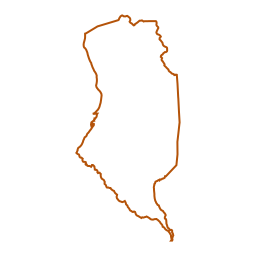 outline of Paratinga, Bahia, Brazil
{"feature_id": "56859067B27824203442391", "entity_name": "Paratinga", "entity_type": "district", "adm_level": 2, "iso_a3": "BRA", "parent_name": "Brazil", "parent_adm1": "Bahia", "projection": "mercator", "projection_center": [-43.076, -12.745], "detail": "fine", "context": "isolated", "style": "outline", "palette": "amber", "viewbox_px": 256, "rotation_deg": 0, "n_neighbors": 0, "source": "geoboundaries", "source_scale": "gbopen_adm2", "svg_char_len": 5451}
<svg xmlns="http://www.w3.org/2000/svg" viewBox="0 0 256 256"><path d="M171.1,240.6L172.1,240.6L172.5,239.8L172.2,238.4L172.5,237.5L172.8,236.4L173.3,235.4L173.0,234.3L172.8,233.4L172.1,232.4L172.1,231.6L172.2,230.9L171.7,230.0L171.0,229.8L170.1,230.1L169.3,229.1L168.8,228.4L168.0,227.9L167.6,227.2L167.3,226.5L167.1,225.4L166.7,224.4L166.4,223.4L166.4,222.6L166.3,221.2L166.2,220.0L165.9,219.1L164.9,218.6L164.8,217.8L164.9,217.0L165.3,216.0L165.7,215.1L165.2,214.0L164.6,213.1L164.0,212.6L163.6,212.0L163.0,211.0L161.8,210.4L160.7,209.6L159.9,208.2L159.5,207.4L159.1,206.3L158.8,205.4L157.6,204.9L157.1,204.0L156.6,203.4L156.2,202.8L155.9,201.9L155.3,200.8L155.0,199.6L154.7,198.4L154.5,196.8L154.4,195.8L154.4,194.9L154.4,194.1L154.3,193.0L154.2,192.0L154.1,191.1L154.0,189.8L154.0,188.6L153.8,187.7L153.9,186.9L154.0,186.1L154.3,185.2L154.3,184.1L155.0,183.5L155.2,182.5L155.5,181.7L156.5,181.2L157.4,180.9L158.1,180.3L159.0,179.9L159.5,180.4L160.1,179.4L160.8,179.6L161.6,179.3L162.3,178.7L163.4,178.5L164.6,177.8L164.9,176.9L165.1,176.2L165.9,176.3L176.4,165.2L177.5,154.4L177.4,141.8L178.4,133.1L179.4,124.0L179.6,122.5L179.0,112.2L178.3,98.2L178.2,97.2L177.5,83.7L176.8,74.8L175.9,74.6L175.2,75.0L174.3,75.1L173.8,74.2L172.6,73.8L171.8,73.5L171.2,72.9L170.4,72.1L169.5,71.6L168.7,70.7L168.4,69.5L167.4,68.6L166.5,67.7L165.7,66.8L164.9,66.1L164.3,65.4L164.6,64.3L164.0,63.3L163.2,62.1L162.6,61.1L161.9,60.6L161.6,59.8L161.7,59.1L162.1,58.1L161.5,57.4L160.8,56.9L161.0,55.8L161.7,54.9L162.5,54.6L162.9,54.0L163.4,53.2L164.2,52.7L164.8,52.1L165.9,52.1L166.9,51.4L167.2,50.3L167.1,49.2L167.1,48.4L166.9,47.6L166.2,47.1L164.9,46.6L163.9,46.0L163.3,45.4L162.9,44.6L162.6,43.5L162.4,42.6L161.9,42.0L161.3,41.3L160.7,40.4L160.0,39.9L159.5,39.2L159.7,37.9L160.4,37.3L160.8,36.5L160.2,35.7L159.4,35.0L158.4,34.5L157.3,34.2L156.7,33.3L156.4,32.7L156.6,31.6L157.2,30.3L157.7,29.2L158.3,28.1L158.2,27.2L157.3,26.3L156.7,25.6L156.4,24.8L156.6,23.5L156.6,22.7L156.4,21.8L155.8,21.1L144.6,21.2L143.6,21.5L142.8,20.9L141.9,20.4L141.1,20.7L140.3,20.7L139.6,20.7L138.8,21.3L137.8,22.2L136.7,23.0L135.7,23.7L134.8,24.3L134.5,25.1L133.8,25.4L132.8,24.6L131.9,23.6L131.0,23.1L130.2,22.5L129.6,21.7L130.3,20.2L130.3,19.4L130.1,18.5L129.5,17.6L128.5,16.9L128.0,16.4L127.3,15.9L126.4,16.0L125.6,16.4L124.7,16.4L123.6,16.3L123.0,15.8L122.1,15.4L121.0,16.0L120.4,16.5L120.0,17.2L119.5,17.9L119.1,18.7L118.8,19.7L118.1,20.2L97.5,26.4L95.7,27.5L86.1,33.3L85.1,33.6L85.1,34.3L85.1,35.3L85.1,37.2L85.0,38.4L84.6,40.1L83.8,43.0L83.6,44.8L83.7,45.7L83.8,46.6L84.2,47.5L85.2,48.3L86.2,49.8L87.3,52.5L87.8,54.8L88.7,57.6L89.0,58.5L89.5,59.8L90.3,61.6L91.2,63.0L91.4,64.1L92.0,65.7L92.4,66.9L92.8,67.8L93.5,69.2L94.2,70.9L95.3,72.4L96.2,74.1L96.7,75.6L96.6,77.2L96.8,78.3L96.9,79.8L96.9,81.0L96.7,82.7L96.4,84.3L96.1,85.3L96.4,86.9L96.9,87.8L97.5,88.6L98.5,89.9L99.5,90.8L100.6,92.3L101.4,93.9L101.6,95.5L101.4,97.1L101.1,99.5L100.6,102.8L99.9,105.1L99.5,106.7L99.0,107.9L98.4,108.8L98.1,109.5L97.5,110.1L96.8,110.8L96.3,111.4L95.2,112.5L94.6,113.1L92.8,113.8L94.6,113.8L95.4,113.7L96.5,113.6L97.4,113.6L96.9,114.4L96.7,116.2L96.3,117.2L95.6,118.0L94.5,118.4L94.8,119.1L94.0,119.9L94.2,120.8L93.3,120.9L92.7,121.3L92.1,121.8L91.4,122.4L91.2,123.5L91.0,124.7L91.3,125.8L91.8,124.9L92.2,124.2L92.8,123.6L93.8,123.8L93.9,124.9L93.4,125.8L92.9,126.3L91.9,127.8L91.3,128.8L90.7,129.6L89.8,130.7L89.2,131.6L88.3,132.8L87.4,133.6L86.9,134.6L86.6,135.7L85.7,136.7L84.7,137.3L84.2,138.4L83.9,139.3L83.5,140.0L83.2,140.8L82.9,142.0L82.5,142.8L82.2,143.6L81.7,144.5L81.2,145.3L80.5,146.1L79.5,147.1L78.9,147.4L78.2,148.0L77.9,148.8L77.6,149.6L77.6,150.5L77.1,151.3L76.9,152.2L76.4,152.9L77.2,153.7L78.1,154.2L78.9,154.5L79.4,155.6L79.5,156.7L80.4,157.6L81.4,157.6L82.1,158.2L82.7,158.7L82.4,159.4L82.5,160.6L83.0,161.6L83.7,161.9L84.9,161.9L85.7,162.1L86.0,163.2L85.5,164.0L85.8,164.7L86.8,164.7L87.2,165.6L88.0,166.0L88.8,166.0L89.6,166.0L90.4,166.3L91.1,166.8L91.6,166.1L92.0,165.0L92.8,165.0L93.5,165.5L94.4,166.5L94.5,167.6L94.8,168.7L94.8,169.6L95.6,169.9L96.6,169.9L97.3,170.7L97.6,171.5L97.4,172.3L98.0,173.1L98.8,172.8L99.6,172.7L100.1,173.4L100.8,174.0L100.7,174.8L100.7,175.6L100.9,176.9L101.3,177.8L101.7,178.6L102.4,179.1L103.2,179.6L103.8,180.0L104.3,181.0L104.8,182.0L104.5,183.0L104.7,184.1L105.5,184.6L106.0,185.5L106.4,186.8L107.1,187.6L108.3,187.5L109.5,188.0L110.5,188.0L111.0,188.9L112.1,189.9L113.0,190.5L114.0,190.9L114.5,192.0L115.2,193.1L116.2,194.0L117.1,194.7L116.9,195.7L116.6,196.8L116.8,197.7L117.0,198.4L117.8,199.3L118.6,200.4L119.6,201.2L120.5,201.4L121.6,201.9L122.4,202.1L123.8,201.6L124.8,201.0L125.4,202.0L125.9,203.3L126.0,204.2L126.5,204.8L127.4,205.5L127.8,207.0L128.8,208.1L129.5,209.2L129.9,210.1L130.5,210.7L131.4,211.0L132.4,211.9L133.1,212.0L134.0,211.5L135.1,212.0L135.5,213.2L135.9,214.3L136.6,215.3L137.7,215.9L138.6,216.2L139.3,216.8L140.3,217.3L141.4,218.0L142.2,217.3L143.2,217.6L144.0,217.4L144.8,217.1L145.9,216.9L146.5,216.5L147.4,216.9L148.7,217.7L149.7,218.3L150.2,218.9L150.9,219.3L152.1,219.6L153.2,219.6L154.3,219.2L155.1,219.1L156.5,219.0L157.2,219.6L157.9,220.0L158.7,220.8L159.4,221.4L160.1,222.2L160.6,223.2L161.5,224.1L162.2,225.0L162.5,225.8L162.7,226.8L163.4,227.0L164.0,227.4L164.6,228.1L165.1,228.9L165.9,229.7L167.0,230.4L168.3,231.0L168.8,231.9L169.6,232.5L169.8,233.4L170.5,234.3L171.0,235.4L171.0,236.3L171.1,237.0L171.3,237.8L171.5,238.9L171.7,239.8L171.1,240.6Z" fill="none" stroke="#b45309" stroke-width="2"/></svg>